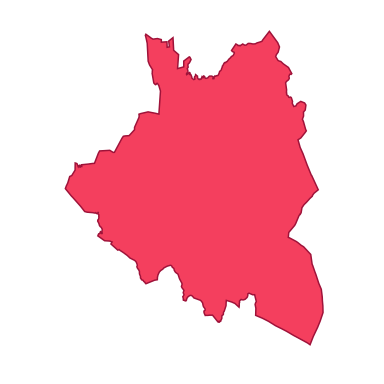 Ambeļu pag., Daugavpils, Latvia, rotated 266°
{"feature_id": "27541924B25126117723417", "entity_name": "Ambeļu pag.", "entity_type": "district", "adm_level": 2, "iso_a3": "LVA", "parent_name": "Latvia", "parent_adm1": "Daugavpils", "projection": "robinson", "projection_center": [26.898, 56.048], "detail": "fine", "context": "isolated", "style": "filled", "palette": "rose", "viewbox_px": 384, "rotation_deg": 266, "n_neighbors": 0, "source": "geoboundaries", "source_scale": "gbopen_adm2", "svg_char_len": 5946}
<svg xmlns="http://www.w3.org/2000/svg" viewBox="0 0 384 384"><g transform="rotate(266 192 192)"><path d="M352.6,157.0L351.5,156.4L349.6,156.8L343.5,157.7L325.5,157.4L321.8,158.5L316.6,161.2L315.5,160.8L314.3,160.8L313.2,160.5L303.4,161.5L301.9,162.7L301.6,163.1L301.8,163.7L302.4,164.0L302.8,164.4L302.8,165.0L300.6,166.3L294.9,167.6L272.0,164.4L273.1,160.9L275.0,153.8L273.8,146.2L273.3,144.5L272.2,144.6L270.3,144.4L260.5,139.2L258.1,139.0L252.6,133.2L252.6,129.1L252.4,127.4L250.5,125.9L237.0,117.4L237.0,116.1L239.3,112.9L239.4,102.7L237.2,101.3L227.4,96.7L227.4,94.6L227.1,90.6L226.9,83.8L225.2,83.8L225.3,83.4L224.6,82.3L224.8,81.8L225.4,82.5L225.7,82.5L226.5,82.2L226.6,81.9L226.1,80.9L225.1,80.3L228.2,79.3L228.5,79.0L229.1,77.5L222.0,76.9L216.8,73.2L216.0,71.1L209.7,68.7L206.7,67.0L204.2,65.9L196.4,71.4L195.0,72.6L185.5,79.9L180.0,83.6L179.2,85.9L178.3,91.6L177.7,93.9L178.1,94.5L177.2,95.3L177.0,95.8L177.1,96.1L178.0,96.7L178.2,96.9L178.0,97.1L177.1,96.7L176.3,97.0L175.7,97.5L174.1,97.3L173.2,97.4L171.5,96.9L170.9,96.6L170.7,96.1L169.5,95.9L167.2,96.9L164.9,97.4L163.6,98.3L163.1,99.0L161.2,99.8L160.6,99.8L158.5,99.3L157.2,99.6L156.8,99.2L157.6,98.2L158.4,98.3L158.8,98.0L158.4,97.6L157.2,97.2L156.9,96.9L156.8,96.0L156.0,95.5L155.2,95.3L154.8,95.0L149.5,101.4L148.8,106.5L147.7,108.8L145.8,107.5L139.2,113.9L139.5,115.2L139.6,115.3L138.7,116.2L137.0,118.5L133.4,122.8L130.4,125.6L127.9,129.8L127.1,130.7L125.9,131.5L123.7,132.2L122.5,132.3L121.3,131.8L120.6,132.0L119.8,132.3L118.0,133.4L116.6,134.0L114.4,133.9L113.5,134.0L111.6,134.7L109.8,134.6L109.0,135.2L108.2,135.4L107.8,135.8L107.5,136.7L107.3,137.0L106.2,137.6L105.6,138.2L105.4,138.6L104.9,138.7L103.7,139.6L106.6,148.5L106.9,151.3L109.4,151.6L111.7,152.3L114.4,153.8L115.9,155.4L117.0,157.4L118.2,158.6L119.2,160.8L119.8,162.3L120.4,165.3L120.2,166.0L119.3,166.8L118.1,167.2L117.4,168.3L116.6,168.7L115.3,168.8L113.6,169.6L112.9,170.1L111.0,172.3L106.3,173.5L101.6,175.6L100.3,175.6L98.7,174.9L98.3,174.9L97.1,175.4L94.4,177.1L92.2,176.2L91.1,176.5L90.6,176.8L90.0,176.8L88.5,175.9L88.2,175.5L86.3,175.9L85.3,175.8L84.6,175.9L84.5,177.2L84.0,177.3L83.8,177.8L83.9,178.5L84.5,178.9L85.9,179.3L87.4,180.3L88.4,181.7L88.9,182.8L89.0,183.6L88.7,184.4L87.9,185.3L86.2,186.5L83.4,192.8L82.6,193.6L80.7,194.8L77.8,195.2L76.7,195.5L74.9,196.7L74.2,196.9L73.5,196.9L73.0,196.6L72.7,196.2L72.7,195.9L71.6,195.5L70.0,195.8L67.9,196.6L68.0,197.0L67.8,199.0L67.9,201.1L67.7,203.9L61.2,208.4L60.5,208.9L60.3,209.6L60.3,209.9L60.7,209.9L60.5,210.3L61.1,210.4L61.2,210.7L61.3,211.1L61.2,211.1L61.4,211.3L61.1,211.4L61.1,211.6L61.3,211.7L61.6,211.7L63.7,212.9L66.4,213.2L66.8,213.5L67.2,214.3L67.6,214.7L69.7,215.0L70.3,215.3L70.8,215.8L76.2,218.0L79.1,218.3L81.5,218.7L79.5,223.9L77.8,227.1L73.8,230.9L75.1,231.2L77.7,231.4L78.6,231.8L79.8,231.7L81.0,232.9L81.4,233.4L81.3,233.8L81.0,234.1L80.8,235.9L81.3,237.6L82.9,239.5L83.6,240.0L85.1,240.5L86.4,240.5L87.1,241.8L85.2,245.5L85.2,247.3L78.2,248.5L77.2,247.8L75.5,247.1L71.5,247.6L64.5,246.9L61.1,253.6L57.6,259.4L52.8,266.0L49.3,272.0L46.6,276.4L41.8,283.4L33.3,296.8L31.4,299.1L39.4,302.9L48.1,307.8L54.4,310.9L62.6,314.3L69.3,314.6L74.6,314.5L78.1,314.6L85.9,314.2L92.0,312.1L101.2,309.8L103.8,309.0L110.5,307.2L111.5,306.8L121.4,306.1L129.6,299.5L131.2,297.2L134.3,293.9L135.4,292.5L139.3,286.3L140.0,284.9L144.9,285.7L151.5,292.1L153.4,293.3L160.8,297.0L162.4,298.2L162.2,298.4L163.7,299.4L168.7,300.6L171.6,302.9L173.8,305.5L177.3,309.1L179.4,311.7L180.4,312.1L182.2,313.6L185.4,318.1L200.2,312.5L200.4,312.2L211.0,308.7L222.4,305.4L228.9,303.0L236.7,301.4L238.3,304.3L243.3,308.9L245.0,310.3L246.6,309.7L254.4,308.1L256.9,307.2L260.0,308.6L264.0,308.8L265.9,310.7L270.8,311.7L273.0,310.5L274.8,306.8L272.7,303.0L270.6,301.6L270.2,299.5L273.5,298.2L275.4,298.6L279.0,297.7L279.5,297.4L279.9,296.6L279.5,295.6L279.7,295.2L281.2,294.6L282.2,293.4L283.0,293.2L284.1,293.4L284.4,293.1L287.3,293.5L294.5,293.0L295.8,294.1L297.1,296.0L298.2,296.8L298.9,297.0L300.6,296.7L302.6,297.7L302.7,298.2L302.4,299.0L303.1,299.8L309.5,296.9L313.4,292.1L316.1,289.6L316.3,288.7L317.2,287.0L321.3,284.9L323.2,285.8L325.5,287.7L330.6,289.4L335.0,287.9L346.9,280.4L338.8,273.2L337.4,272.2L336.8,269.9L336.2,267.2L335.4,265.5L335.4,263.1L336.1,260.7L336.3,258.4L334.9,256.4L334.7,255.0L336.1,252.9L334.7,250.5L334.9,250.5L334.9,250.3L334.8,248.8L335.0,248.7L334.9,248.1L335.8,247.3L336.6,246.1L330.4,241.3L329.3,242.1L328.4,243.8L327.6,243.9L325.6,242.8L325.0,242.1L324.5,240.9L324.2,240.5L323.3,239.9L322.3,238.4L321.4,237.7L321.1,237.3L319.7,236.2L319.6,235.4L318.8,234.7L318.9,234.4L318.7,234.1L318.8,233.6L318.5,233.5L318.3,233.0L315.9,231.6L315.4,231.0L314.6,231.0L313.0,230.1L312.1,229.9L311.1,229.1L310.5,228.1L309.6,227.6L308.8,227.5L308.1,227.0L307.5,226.8L306.4,225.9L306.3,224.5L305.8,223.6L306.2,223.0L305.2,222.1L303.6,221.8L303.5,220.8L303.7,220.7L304.7,221.1L305.3,221.1L305.7,220.8L306.3,219.6L306.4,217.8L306.3,217.4L305.7,216.6L304.8,215.8L304.4,214.3L304.4,213.6L304.6,213.1L306.1,212.7L306.3,212.3L307.0,211.9L307.0,211.7L306.6,211.3L305.7,211.5L305.3,211.3L305.2,210.5L306.2,210.0L303.8,208.8L303.7,208.6L304.2,207.8L304.1,207.4L303.7,207.0L304.4,206.1L305.2,205.6L307.3,205.5L307.9,204.5L308.7,204.1L308.9,203.8L307.7,203.6L307.0,202.8L306.3,202.4L304.5,202.8L304.3,202.6L304.2,202.1L304.0,201.6L305.6,199.9L307.2,199.7L309.3,199.0L309.5,198.7L309.3,198.1L309.4,197.9L310.6,198.4L311.3,198.1L311.4,197.9L310.7,197.1L310.3,196.2L310.1,196.1L309.4,194.9L310.0,194.7L310.9,195.0L310.8,196.0L311.2,196.2L312.1,196.2L312.9,196.4L315.6,195.9L316.6,196.8L317.1,196.9L318.1,196.7L319.8,197.0L320.2,197.3L320.7,198.1L321.3,198.6L324.2,200.3L326.6,199.3L327.0,198.7L323.2,192.9L317.4,192.5L316.1,186.2L330.0,188.2L334.6,183.6L347.3,183.8L344.2,179.3L338.4,179.6L338.1,177.3L343.6,177.5L343.6,171.9L346.2,172.0L347.5,168.2L347.2,163.8L348.3,162.1L349.6,160.6L352.6,157.0Z" fill="#f43f5e" stroke="#9f1239" stroke-width="1.5"/></g></svg>